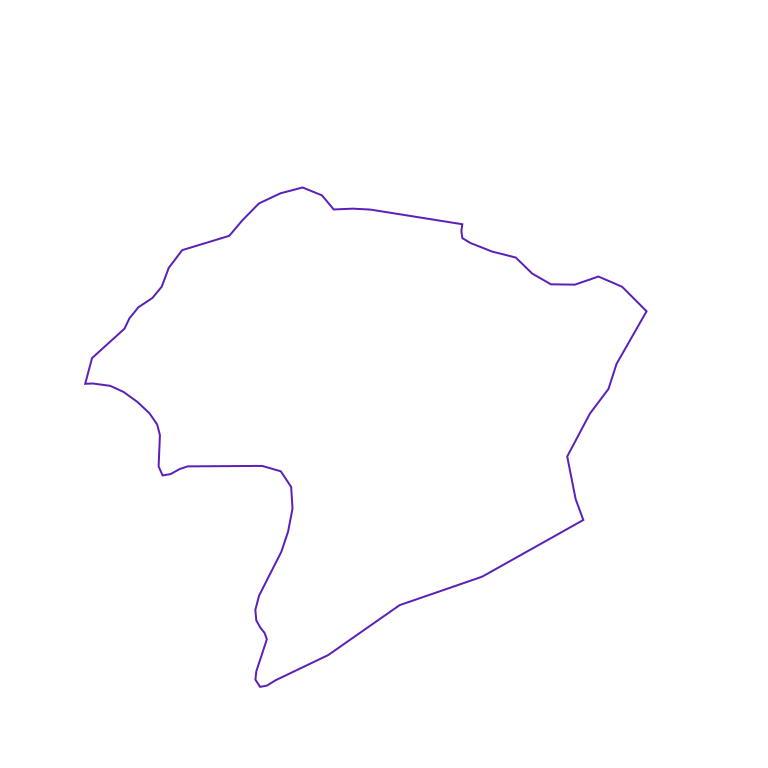 the border of Kirundo, rotated 239°
{"feature_id": "BDI-2643", "entity_name": "Kirundo", "entity_type": "Province", "adm_level": 1, "iso_a3": "BDI", "parent_name": "Burundi", "parent_adm1": "", "projection": "equal_earth", "projection_center": [30.179, -2.549], "detail": "fine", "context": "isolated", "style": "outline", "palette": "violet", "viewbox_px": 768, "rotation_deg": 239, "n_neighbors": 0, "source": "natural_earth", "source_scale": "10m", "svg_char_len": 1018}
<svg xmlns="http://www.w3.org/2000/svg" viewBox="0 0 768 768"><g transform="rotate(239 384 384)"><path d="M466.1,168.7L479.6,167.9L495.6,163.4L511.4,156.6L523.5,148.3L534.3,134.8L538.1,128.0L556.6,147.1L565.1,190.1L571.4,199.6L576.3,213.1L577.0,229.7L581.9,243.6L594.4,259.3L602.7,280.0L590.7,327.7L597.2,346.7L603.2,369.8L600.8,393.5L594.4,415.4L577.6,428.0L559.5,430.8L550.4,447.5L540.8,461.8L480.6,533.4L475.4,529.2L468.7,526.3L460.3,530.7L441.8,544.9L424.5,562.1L402.3,567.9L383.5,578.4L370.9,598.7L365.7,623.1L344.7,638.2L311.1,646.5L281.4,593.6L264.1,573.8L252.6,545.3L227.5,503.7L186.7,489.0L164.8,484.8L168.3,368.9L186.4,283.5L180.4,196.5L185.9,138.7L185.8,128.2L188.2,121.8L196.8,121.5L203.5,126.6L209.3,133.3L210.7,135.0L225.5,152.1L232.0,153.4L239.1,152.5L247.2,152.8L256.7,157.4L267.0,168.0L293.0,209.5L306.8,225.7L324.3,241.4L343.6,251.4L362.3,250.6L376.6,237.3L414.5,173.3L416.3,165.3L416.7,154.7L419.7,147.1L429.5,148.4L455.6,165.6L466.1,168.7Z" fill="none" stroke="#5b21b6" stroke-width="2"/></g></svg>